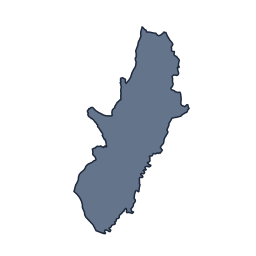 District #3, Grand Bassa, Liberia, rotated 146°
{"feature_id": "62588387B53220692513074", "entity_name": "District #3", "entity_type": "district", "adm_level": 2, "iso_a3": "LBR", "parent_name": "Liberia", "parent_adm1": "Grand Bassa", "projection": "orthographic", "projection_center": [-9.497, 6.317], "detail": "fine", "context": "isolated", "style": "filled", "palette": "slate", "viewbox_px": 256, "rotation_deg": 146, "n_neighbors": 0, "source": "geoboundaries", "source_scale": "gbopen_adm2", "svg_char_len": 5789}
<svg xmlns="http://www.w3.org/2000/svg" viewBox="0 0 256 256"><g transform="rotate(146 128 128)"><path d="M170.6,55.7L171.2,56.4L171.5,57.3L171.1,58.3L170.8,59.3L169.4,59.6L168.8,59.9L168.7,59.8L167.4,60.4L167.0,60.7L165.8,62.1L164.0,62.6L163.1,63.1L162.4,63.8L162.2,64.4L162.3,65.5L162.2,65.9L162.2,66.3L159.7,69.3L158.6,70.2L157.3,71.3L156.2,71.6L155.6,71.0L155.1,69.4L154.5,69.3L151.8,72.4L149.7,74.3L149.7,75.6L149.1,76.1L148.1,77.6L147.6,78.8L146.4,80.1L145.7,80.3L144.4,79.4L143.6,79.0L143.0,79.2L142.8,80.4L143.3,81.2L143.5,82.2L143.3,82.6L143.0,82.8L142.4,82.8L142.0,82.5L141.5,82.1L140.7,81.3L139.5,81.5L139.0,82.0L138.9,83.3L139.0,84.2L138.0,84.3L137.8,84.2L136.9,83.2L136.5,83.2L136.2,83.4L136.3,84.6L136.3,85.7L135.9,85.9L135.2,86.1L134.5,86.0L133.5,85.3L133.0,84.7L132.4,84.2L132.0,83.9L131.4,83.8L130.7,83.8L130.0,84.2L130.0,84.5L130.4,85.2L130.7,85.3L131.1,85.6L131.1,85.9L131.2,86.0L131.0,86.9L131.4,87.7L131.3,88.3L131.0,88.5L130.7,88.5L129.8,88.1L128.8,88.2L128.1,88.5L127.5,89.8L126.5,90.8L126.4,92.2L126.1,92.6L125.9,92.6L123.8,91.5L122.9,91.8L121.6,92.5L121.1,92.6L120.9,92.4L120.6,92.0L119.6,91.1L118.7,91.1L118.3,91.2L117.9,91.0L116.7,89.7L115.8,89.9L115.4,89.4L115.3,89.2L115.2,89.2L112.0,90.4L111.9,90.9L112.1,91.9L111.9,92.5L112.2,93.4L111.7,94.1L110.1,94.7L108.3,95.1L106.9,95.7L104.9,97.8L104.2,98.6L102.9,99.5L101.4,100.0L99.9,100.8L97.6,101.9L96.9,103.0L97.0,104.3L96.3,105.0L93.8,106.6L92.6,107.4L92.4,107.6L91.6,108.9L91.1,109.0L88.8,110.1L86.9,111.1L85.9,111.5L84.0,110.8L81.9,109.8L77.7,108.3L76.7,108.3L75.7,108.8L73.9,108.6L72.2,108.6L70.5,108.2L69.3,108.8L68.4,109.6L66.4,110.1L66.4,111.4L65.5,113.8L66.3,114.4L67.7,114.1L69.0,113.9L69.6,115.0L70.2,115.7L70.9,117.1L70.6,118.4L70.0,119.6L68.4,121.3L66.9,123.7L65.2,127.1L65.0,128.6L66.1,129.3L67.1,129.8L67.8,130.9L68.6,131.7L68.6,132.7L69.8,134.5L70.6,135.5L70.4,136.7L69.7,137.2L68.7,137.4L67.2,138.2L66.0,139.2L65.6,140.3L65.2,141.6L64.1,143.1L63.4,143.9L63.2,144.8L62.9,145.6L62.4,146.1L60.9,146.4L59.8,146.0L58.2,144.3L57.5,144.2L56.7,144.2L56.0,144.5L55.4,145.2L55.0,146.0L54.7,147.3L53.6,150.0L53.1,150.6L52.7,150.7L52.1,149.7L51.7,149.8L51.3,150.3L51.3,151.1L51.1,152.0L50.4,152.7L49.2,154.1L47.9,155.1L47.4,156.3L47.7,158.1L47.8,160.1L48.4,161.1L48.9,162.4L48.5,163.7L47.2,164.8L46.9,165.5L48.4,166.8L48.8,167.6L47.3,169.7L46.8,170.9L45.3,171.6L44.0,172.3L43.8,174.6L44.2,177.7L44.0,180.4L44.0,182.1L43.2,185.9L43.7,186.4L44.6,187.0L44.6,187.4L46.3,187.0L48.8,186.8L50.7,187.2L51.7,188.5L51.9,190.9L53.6,192.4L56.8,195.7L58.7,196.9L58.4,199.3L59.1,200.1L59.5,203.3L59.8,203.8L63.7,200.5L64.9,198.8L66.0,196.9L67.6,195.7L69.0,194.8L70.8,193.9L72.2,192.6L73.5,191.2L78.5,187.6L78.9,186.8L79.4,185.4L80.9,183.2L81.8,182.0L82.0,182.1L82.7,182.0L83.6,180.8L84.5,177.9L85.8,176.6L86.6,175.5L88.7,174.1L90.3,173.5L94.0,171.4L95.2,170.4L97.0,168.9L98.6,168.0L100.4,167.2L102.4,166.7L103.8,166.2L104.6,166.1L104.7,166.6L104.5,167.6L103.0,169.6L103.2,170.6L103.8,171.3L104.3,172.7L105.4,173.0L106.0,173.3L106.6,173.1L106.8,172.6L106.8,172.3L107.2,172.1L107.7,171.5L107.9,170.6L108.1,170.2L108.4,169.9L108.9,170.0L109.2,169.8L109.3,168.8L109.9,168.0L110.1,166.8L111.1,165.3L112.3,164.1L113.0,163.1L113.9,162.0L114.3,160.5L115.1,160.0L117.8,155.9L118.3,155.4L119.2,155.8L121.6,155.2L122.3,155.4L126.0,153.6L126.8,153.3L127.6,152.2L128.6,152.2L130.2,151.9L131.4,151.3L132.7,149.8L134.2,147.2L135.3,147.5L137.2,148.8L139.6,150.6L141.0,152.4L143.7,157.3L145.0,160.3L145.8,164.7L146.0,164.7L146.7,165.4L147.2,165.7L148.1,165.5L148.5,165.6L149.0,165.5L149.3,165.7L149.6,165.9L150.2,165.3L150.6,165.4L152.0,164.9L152.6,164.0L152.5,162.6L153.3,162.1L153.8,161.6L153.8,161.3L154.2,159.9L153.9,159.1L153.2,157.3L153.2,156.4L152.7,156.2L152.3,155.1L152.2,154.4L151.9,153.3L152.1,151.9L151.8,151.4L151.8,150.8L151.6,149.3L151.8,148.6L151.5,147.9L151.6,147.2L151.7,146.9L152.1,146.7L152.4,146.1L152.3,144.9L152.1,143.8L152.3,142.0L152.1,141.0L152.4,140.2L152.2,140.0L152.3,139.5L152.2,138.9L152.2,137.7L152.9,136.5L153.2,136.1L153.5,136.1L153.7,134.9L153.7,134.4L154.0,132.2L153.4,131.8L153.5,131.4L153.8,131.1L153.4,130.6L153.7,129.9L154.0,129.5L154.3,128.7L154.2,128.5L155.4,126.0L155.8,125.6L156.0,124.7L156.4,124.6L156.4,125.6L157.0,126.0L157.9,125.3L158.1,125.3L158.6,125.6L158.9,125.6L158.8,126.0L159.2,126.2L159.6,126.1L160.5,127.5L160.5,128.2L160.9,128.5L161.4,128.4L163.0,129.3L163.3,129.8L163.7,130.1L164.3,130.0L165.3,130.1L165.5,129.8L166.6,129.8L167.0,130.1L168.2,130.4L168.5,130.2L169.3,130.4L170.8,127.3L171.4,126.7L171.9,126.0L172.0,125.3L171.6,123.6L171.5,122.2L172.0,120.1L172.3,119.7L172.9,119.5L173.8,119.7L174.6,119.9L177.2,119.6L178.5,119.9L179.6,119.9L179.6,120.1L179.8,120.2L181.3,120.3L182.9,120.2L184.7,119.6L185.5,118.9L187.1,118.1L189.2,117.6L192.0,117.4L193.0,117.1L193.6,116.9L194.3,116.7L196.0,115.5L198.2,112.9L199.4,112.0L201.1,111.0L203.0,110.1L204.3,109.1L208.3,105.5L207.9,104.3L207.8,103.6L207.4,102.2L207.0,98.3L207.2,95.5L207.6,93.1L208.7,89.9L210.3,87.5L211.2,82.5L212.4,80.3L212.8,77.8L211.1,67.3L211.9,60.7L207.7,54.8L207.4,55.0L207.1,54.7L206.9,54.2L206.9,53.9L206.6,53.6L205.9,53.2L205.4,53.5L205.5,54.4L205.3,55.1L204.8,55.8L204.2,56.0L203.9,56.0L203.6,56.1L203.1,55.5L202.1,54.0L201.6,52.8L200.9,52.2L200.3,52.3L199.8,52.7L199.9,52.8L199.4,53.3L199.9,54.5L199.9,55.3L199.7,55.5L198.9,55.6L198.2,55.3L197.4,55.5L196.3,56.2L195.5,56.4L195.1,56.4L194.5,56.1L193.8,56.0L192.9,55.6L192.3,55.8L192.1,55.8L191.8,56.5L191.7,57.5L190.6,57.3L189.7,57.6L189.0,58.8L188.3,59.0L186.3,58.4L185.3,58.7L184.7,59.7L183.9,60.4L180.4,60.9L179.7,61.3L178.0,61.3L177.9,61.3L176.6,62.3L174.9,62.6L174.6,62.1L174.7,61.4L176.2,59.3L176.2,58.4L175.9,58.3L175.8,58.2L175.3,58.0L174.0,57.1L172.4,55.0L171.4,54.9L170.5,55.3L170.6,55.7Z" fill="#64748b" stroke="#1e293b" stroke-width="1.5"/></g></svg>